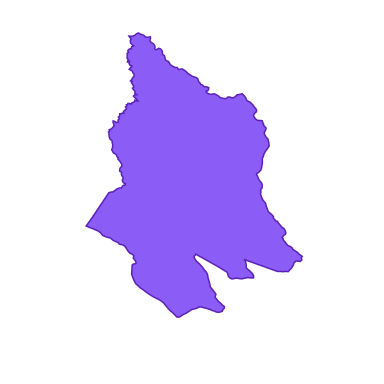 Água Fria de Goiás, Goiás, Brazil (Equal Earth projection), rotated 118°
{"feature_id": "56859067B46461362278919", "entity_name": "Água Fria de Goiás", "entity_type": "district", "adm_level": 2, "iso_a3": "BRA", "parent_name": "Brazil", "parent_adm1": "Goiás", "projection": "equal_earth", "projection_center": [-47.827, -14.895], "detail": "fine", "context": "isolated", "style": "filled", "palette": "violet", "viewbox_px": 384, "rotation_deg": 118, "n_neighbors": 0, "source": "geoboundaries", "source_scale": "gbopen_adm2", "svg_char_len": 5567}
<svg xmlns="http://www.w3.org/2000/svg" viewBox="0 0 384 384"><g transform="rotate(118 192 192)"><path d="M307.5,152.9L308.2,150.7L308.7,148.9L309.5,147.0L308.9,145.2L307.5,143.8L305.4,142.8L303.4,141.6L302.4,140.7L298.6,138.5L297.1,137.8L295.8,136.9L293.8,134.7L292.5,133.3L290.5,132.1L289.5,130.5L288.9,128.4L288.5,126.8L287.8,124.1L287.6,122.5L287.2,121.2L287.2,118.3L286.7,116.9L286.6,114.7L286.3,113.3L285.6,111.9L284.4,110.4L283.1,109.3L281.3,109.5L279.5,109.0L278.0,109.5L277.6,111.9L276.9,114.1L276.5,115.6L276.2,117.4L275.0,119.9L274.2,122.0L272.8,122.6L271.1,122.8L269.8,125.2L268.6,128.0L267.3,131.2L265.1,132.9L263.6,134.2L262.3,135.5L260.7,137.1L259.5,138.2L257.8,139.3L256.4,141.1L255.5,142.9L255.1,144.5L254.2,146.0L253.2,148.1L252.8,149.5L252.1,151.2L251.5,153.7L250.6,156.4L249.2,159.0L247.7,159.9L246.4,159.5L245.1,159.5L245.7,133.2L246.4,123.2L247.5,122.1L249.2,120.5L249.9,119.0L250.2,117.0L249.8,115.6L248.4,113.9L247.1,112.4L246.6,110.7L246.0,108.9L245.2,107.1L244.4,106.2L241.6,102.9L240.0,99.3L238.9,97.3L236.8,98.5L235.6,100.5L234.7,103.4L234.3,105.4L233.8,107.9L232.6,109.1L231.0,109.8L227.8,112.4L227.1,114.4L222.0,79.1L220.8,77.0L220.0,75.1L219.5,73.8L218.6,72.9L217.1,69.6L215.7,69.3L214.6,69.1L213.3,68.6L211.4,68.3L208.9,68.2L206.7,68.7L205.3,68.1L203.9,67.6L202.6,63.9L200.5,63.1L198.7,64.6L197.1,64.4L196.8,66.4L196.6,68.3L195.8,70.4L195.5,73.6L195.3,76.0L194.3,77.5L193.9,79.9L194.3,82.1L193.4,84.4L192.3,86.4L191.7,88.5L190.6,89.5L189.7,91.2L188.5,90.8L186.9,90.5L185.5,89.6L183.9,90.0L182.2,91.8L181.1,93.5L181.0,95.6L180.3,97.4L179.4,99.6L178.6,101.7L177.7,102.6L178.2,104.1L177.6,106.0L176.8,108.0L175.4,108.5L174.7,110.5L174.1,112.4L173.8,114.6L173.2,115.9L172.1,117.0L171.2,118.1L169.8,119.6L168.3,121.0L167.2,122.1L166.5,124.0L165.8,125.6L165.0,126.8L163.1,129.0L161.8,130.4L159.7,131.1L157.9,132.3L156.8,132.3L155.6,132.0L154.6,132.5L152.9,133.2L151.3,134.9L150.1,138.0L148.4,140.3L147.1,141.8L146.2,143.4L145.0,143.4L144.0,142.6L142.0,141.9L140.1,141.5L138.3,141.8L136.0,142.7L133.9,143.2L129.2,145.7L127.1,145.7L125.0,146.3L123.6,146.3L121.7,146.2L120.0,146.0L117.9,145.7L115.1,145.5L113.6,146.5L112.2,147.5L111.3,148.4L109.6,149.8L108.8,152.3L107.3,154.6L106.2,155.9L104.5,156.1L102.6,156.1L100.7,156.6L99.7,159.7L98.6,160.6L97.6,161.9L96.1,163.6L96.8,165.2L98.0,167.8L97.6,170.5L96.7,172.1L95.9,173.4L94.9,173.8L93.2,173.6L90.9,172.8L89.5,173.4L88.5,174.7L87.7,176.9L86.5,179.1L86.0,180.8L85.4,182.9L85.6,186.0L84.9,187.3L83.7,188.7L82.8,190.4L82.1,192.5L81.7,193.9L82.8,195.0L84.0,196.4L84.9,197.8L86.6,198.3L88.5,199.1L89.5,199.8L90.2,201.2L90.3,203.0L91.2,204.8L92.9,205.5L94.0,206.3L94.4,207.7L95.0,209.6L95.4,211.3L95.0,213.0L94.7,214.4L94.8,218.4L96.9,221.1L97.3,222.7L97.6,224.9L96.5,226.9L95.2,225.6L93.5,225.6L92.0,226.2L92.2,228.4L93.3,230.4L92.6,233.3L92.9,234.8L92.1,235.8L91.6,237.5L90.6,238.7L89.2,240.3L89.0,242.3L89.4,244.0L89.7,246.3L89.4,249.0L89.2,251.3L88.4,253.7L88.1,255.8L87.9,258.5L90.2,261.5L89.0,263.5L89.9,265.0L90.1,268.0L89.7,270.8L88.8,272.4L87.8,274.0L88.1,276.2L87.7,277.7L86.7,278.4L85.7,279.2L84.6,280.3L84.3,282.6L82.7,283.6L81.2,284.9L80.4,287.0L80.8,289.0L82.4,289.7L83.5,291.0L82.7,292.5L81.4,292.6L80.3,293.6L79.3,295.2L79.0,298.6L78.5,300.1L77.4,300.4L75.7,300.8L74.5,301.7L75.5,302.8L76.4,304.2L77.0,305.5L76.3,308.1L76.4,310.1L76.9,311.7L76.7,313.9L78.5,315.4L80.4,316.0L82.2,317.5L83.0,318.7L83.9,320.9L84.7,319.6L85.2,317.7L87.3,317.6L89.4,316.1L90.0,314.0L90.4,312.1L92.1,313.6L94.0,312.8L94.8,314.1L95.9,314.8L97.6,315.0L98.5,313.5L99.9,314.4L101.4,313.6L102.8,312.8L104.3,312.3L105.4,309.8L106.4,310.4L107.5,310.0L106.3,308.4L108.2,307.9L109.4,305.8L108.8,304.4L109.9,303.9L111.3,304.7L113.1,305.1L113.3,303.1L113.2,301.4L114.6,300.0L115.3,298.3L117.3,297.5L119.3,298.2L120.5,297.9L122.8,298.4L122.5,296.7L123.9,296.8L124.8,295.0L125.9,293.3L127.1,292.7L128.3,293.3L129.1,291.8L129.9,289.5L131.8,288.7L132.1,286.6L133.0,288.1L134.8,288.8L135.4,287.0L136.2,284.1L137.1,282.5L137.6,283.9L137.7,285.6L138.9,285.2L140.1,285.6L141.4,286.9L142.8,286.8L143.3,289.0L143.9,290.2L145.1,289.9L145.9,290.9L146.8,290.0L148.1,290.6L149.3,288.9L151.2,289.6L152.9,290.3L154.5,289.2L155.0,290.6L156.1,291.2L156.8,292.5L159.0,291.6L160.5,292.2L161.4,290.6L163.3,291.1L164.7,290.0L166.2,291.1L166.0,293.1L166.2,295.0L167.5,294.5L169.0,292.7L170.6,291.8L172.4,292.4L173.9,292.7L175.9,294.4L176.8,293.3L178.2,294.0L179.2,292.7L180.5,292.2L181.5,291.4L182.9,290.3L183.9,289.0L184.1,287.4L184.8,286.1L186.0,285.7L187.0,284.5L188.2,283.9L189.8,283.1L191.3,282.9L192.6,282.6L193.3,281.2L194.1,280.3L194.5,279.0L194.2,277.1L195.2,275.7L196.1,274.7L196.4,273.2L197.7,272.9L198.3,271.1L199.4,269.0L200.7,266.8L202.4,266.1L203.8,266.6L205.1,266.6L206.2,266.3L207.5,265.7L207.7,263.4L209.5,262.7L210.6,261.6L211.1,260.2L212.4,259.1L214.0,259.2L215.1,258.5L216.1,256.9L215.9,254.6L217.5,254.3L218.0,255.6L219.9,256.2L221.5,256.2L222.5,258.0L223.6,258.8L224.5,259.8L225.5,260.1L227.4,261.0L229.0,261.8L230.2,263.7L231.7,265.1L262.3,268.2L271.7,269.5L271.3,264.5L270.8,261.4L270.8,259.7L270.5,256.9L270.9,253.4L272.3,250.6L272.0,246.7L271.6,244.9L270.9,242.5L271.7,239.0L271.6,236.4L271.3,233.6L272.2,231.7L271.2,228.1L271.4,225.8L274.4,220.3L275.2,218.0L275.0,215.8L275.5,213.5L278.0,212.8L279.2,210.1L280.0,208.7L281.5,207.9L283.4,210.2L284.7,210.5L293.1,206.6L297.1,202.0L299.5,198.3L300.1,195.6L300.9,192.6L301.2,189.3L301.6,187.7L302.3,182.6L302.7,176.6L302.5,171.9L302.6,168.9L303.2,165.1L304.4,162.4L306.3,157.8L307.3,154.7L307.5,152.9Z" fill="#8b5cf6" stroke="#5b21b6" stroke-width="1.5"/></g></svg>